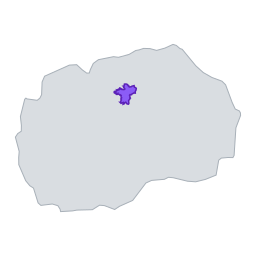 Petrovets, Skopje, North Macedonia shown in context
{"feature_id": "65306769B87468718843329", "entity_name": "Petrovets", "entity_type": "district", "adm_level": 2, "iso_a3": "MKD", "parent_name": "North Macedonia", "parent_adm1": "Skopje", "projection": "natural_earth1", "projection_center": [21.679, 41.91], "detail": "fine", "context": "in_parent", "style": "filled", "palette": "violet", "viewbox_px": 256, "rotation_deg": 0, "n_neighbors": 0, "source": "geoboundaries", "source_scale": "gbopen_adm2", "svg_char_len": 2350}
<svg xmlns="http://www.w3.org/2000/svg" viewBox="0 0 256 256"><path d="M113.6,56.7L118.5,57.3L129.1,54.4L135.7,50.5L139.1,49.9L143.6,48.4L150.0,48.6L156.6,50.4L164.9,48.1L173.0,44.4L176.3,45.4L179.9,48.5L182.2,49.3L195.8,65.8L203.2,72.5L212.0,77.5L222.0,81.2L225.6,84.8L232.1,102.3L235.2,109.0L239.4,111.0L240.4,112.9L240.6,115.4L235.9,127.8L234.1,155.4L232.9,157.6L227.9,157.5L221.3,158.1L218.7,160.2L216.1,175.1L205.4,179.4L195.7,181.8L187.5,181.2L173.1,177.7L168.4,177.3L164.4,179.3L151.6,180.4L145.9,183.0L132.7,200.4L119.3,206.4L114.7,209.5L104.4,205.6L99.5,205.2L92.4,209.7L76.8,210.1L72.6,210.9L60.6,211.6L60.1,209.2L57.9,205.7L52.3,204.0L40.9,205.4L38.1,202.9L33.5,188.1L29.8,185.7L25.7,180.7L18.8,164.7L18.7,157.6L19.2,151.5L15.4,137.1L17.8,133.5L21.3,131.2L21.4,125.4L20.4,116.6L24.7,99.3L25.9,98.1L27.0,98.9L37.2,100.3L39.9,98.1L41.6,94.7L42.1,82.0L44.6,76.2L69.4,65.1L76.7,64.7L82.2,69.8L86.7,73.1L89.3,73.0L90.3,69.7L93.3,63.4L98.4,59.7L113.4,56.7L113.6,56.7Z" fill="#d9dde1" stroke="#a8b0b8" stroke-width="1"/><path d="M135.0,93.1L135.3,93.1L135.2,91.6L136.0,90.1L136.3,88.4L135.8,87.8L134.4,87.1L134.1,85.6L131.8,86.2L131.3,86.7L129.3,87.0L128.9,86.6L128.9,86.0L128.2,85.8L128.1,85.2L127.5,84.9L127.4,84.5L126.6,84.1L125.2,84.0L124.4,84.1L124.1,85.9L123.3,86.1L123.9,86.5L123.6,87.0L123.7,87.5L124.1,87.7L124.9,89.0L124.1,89.6L123.0,89.6L122.8,89.3L121.9,89.5L121.4,89.3L121.5,88.9L120.7,88.4L120.5,88.6L120.4,88.2L119.8,87.9L119.4,88.4L119.5,89.3L119.2,89.7L119.0,89.8L118.6,89.2L118.4,89.2L117.5,89.7L117.6,90.2L117.1,90.3L116.5,90.0L116.6,90.9L116.0,91.1L115.7,91.7L115.2,91.8L114.9,91.3L114.3,91.5L114.4,92.4L114.2,92.7L115.5,93.6L115.8,93.0L116.2,93.0L116.4,94.1L116.7,94.3L117.2,94.0L117.0,94.4L117.4,94.4L117.9,93.5L118.5,94.2L120.6,94.9L120.9,95.2L120.6,95.4L121.2,95.6L121.0,96.8L121.2,97.6L121.6,97.9L120.8,99.0L121.4,99.9L120.9,100.7L120.6,102.0L120.3,102.3L120.0,102.3L121.0,103.3L121.4,103.0L121.9,103.1L122.2,102.7L123.0,102.7L123.4,102.4L124.0,103.2L123.4,103.7L123.2,104.2L124.1,103.9L124.6,102.8L125.0,102.6L125.4,102.7L125.5,102.2L125.8,102.2L127.0,103.9L128.4,104.2L128.8,103.7L128.9,103.3L128.6,100.5L129.7,99.3L129.8,98.6L130.4,98.1L130.1,97.6L129.9,97.6L129.8,95.8L129.5,95.2L130.1,94.5L130.7,94.8L131.6,94.7L132.0,93.9L133.2,93.4L133.6,93.0L135.0,93.1Z" fill="#8b5cf6" stroke="#5b21b6" stroke-width="1.5"/></svg>